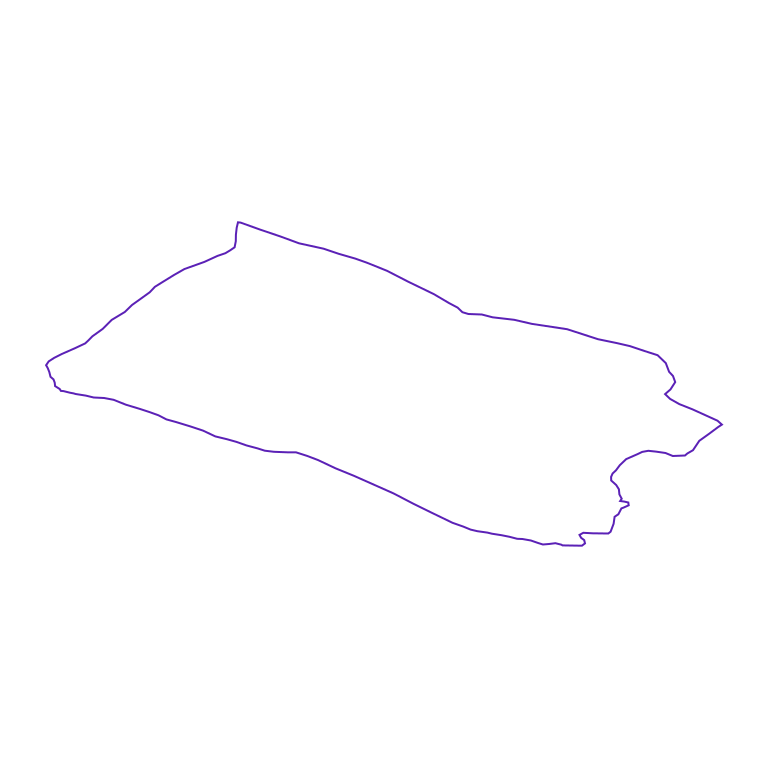 Arjeplog, Norrbotten, Sweden (Equal Earth projection)
{"feature_id": "70781695B22534233820232", "entity_name": "Arjeplog", "entity_type": "district", "adm_level": 2, "iso_a3": "SWE", "parent_name": "Sweden", "parent_adm1": "Norrbotten", "projection": "equal_earth", "projection_center": [17.292, 66.388], "detail": "fine", "context": "isolated", "style": "outline", "palette": "violet", "viewbox_px": 768, "rotation_deg": 0, "n_neighbors": 0, "source": "geoboundaries", "source_scale": "gbopen_adm2", "svg_char_len": 2037}
<svg xmlns="http://www.w3.org/2000/svg" viewBox="0 0 768 768"><path d="M721.9,424.6L717.5,420.7L692.4,409.3L679.3,404.1L670.1,398.9L665.1,394.1L670.5,389.4L675.2,382.1L673.0,376.0L669.1,371.8L665.8,363.1L657.6,355.2L644.5,351.0L629.9,346.1L616.9,343.1L598.0,339.2L567.1,329.2L532.0,323.9L514.2,319.8L492.6,317.3L481.8,314.5L468.4,314.0L462.4,312.2L457.6,307.6L448.9,303.0L433.8,294.1L408.0,281.6L387.0,270.8L366.6,262.6L355.3,258.6L338.7,253.8L323.6,248.7L299.0,243.3L280.2,236.4L260.4,229.7L240.6,222.6L238.0,222.3L236.7,227.7L235.9,234.8L235.8,241.2L234.6,247.3L230.2,250.3L225.4,253.2L217.5,255.9L204.4,261.9L184.5,269.0L173.8,275.1L161.5,282.7L154.9,286.8L149.7,292.3L143.3,296.9L132.0,305.0L124.8,312.0L111.7,319.9L102.7,328.9L92.4,336.3L88.3,340.5L85.2,343.4L75.2,348.1L61.8,354.0L54.1,357.9L48.7,361.4L46.1,365.2L47.8,368.2L49.3,372.0L50.5,376.8L53.5,379.4L54.7,382.6L55.1,386.1L59.7,389.0L60.9,390.9L63.5,391.1L69.9,392.7L73.6,393.4L75.6,394.0L85.8,395.6L93.7,397.5L104.1,398.0L113.6,399.8L125.9,404.7L139.8,408.9L149.3,412.0L158.5,415.3L166.4,419.4L175.9,422.0L190.3,426.4L203.0,430.6L215.3,436.4L226.9,439.2L236.5,441.9L246.4,445.4L257.6,448.4L264.8,450.7L274.0,451.8L287.2,452.3L295.9,452.3L307.1,455.9L317.9,460.0L335.5,468.3L353.9,475.8L393.5,493.4L413.5,503.8L430.8,512.3L452.5,522.8L463.3,526.6L470.6,529.6L477.4,531.2L487.4,532.6L491.9,533.7L501.5,535.2L509.5,536.8L517.2,538.8L522.4,539.0L530.9,540.5L538.1,543.0L542.9,544.5L549.0,544.0L555.4,543.2L561.4,544.7L562.5,545.4L581.9,545.7L585.0,543.4L584.2,540.1L581.1,537.8L579.5,534.9L583.3,532.8L592.6,533.3L608.3,533.5L610.6,531.7L613.6,523.8L614.6,516.8L618.4,514.2L621.4,508.4L623.3,507.7L628.7,505.3L628.3,502.5L624.4,501.6L620.2,501.0L621.7,498.7L619.4,494.4L618.9,489.3L616.2,485.0L611.2,480.5L611.1,476.9L612.6,473.5L616.0,470.3L619.8,465.2L626.2,459.1L637.6,454.1L642.2,451.9L648.3,450.8L655.9,451.6L665.5,453.0L672.8,456.0L685.0,455.5L687.3,453.5L693.0,450.2L699.3,440.8L708.8,434.0L718.2,427.0L721.9,424.6Z" fill="none" stroke="#5b21b6" stroke-width="2"/></svg>